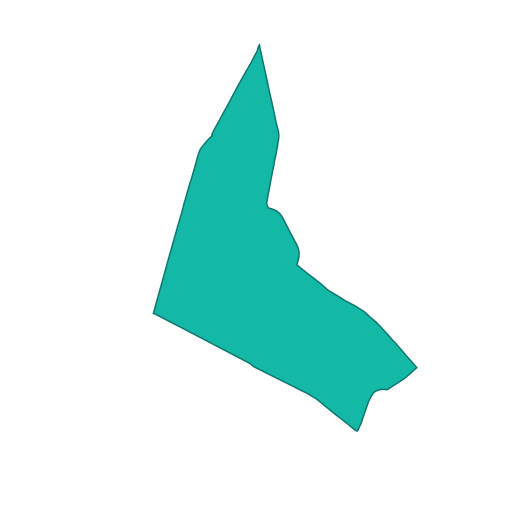 the district of Misr al-Gadida, Al Qahirah, Egypt, rotated 251°
{"feature_id": "37247803B70915432571750", "entity_name": "Misr al-Gadida", "entity_type": "district", "adm_level": 2, "iso_a3": "EGY", "parent_name": "Egypt", "parent_adm1": "Al Qahirah", "projection": "mercator", "projection_center": [31.323, 30.091], "detail": "fine", "context": "isolated", "style": "filled", "palette": "teal", "viewbox_px": 512, "rotation_deg": 251, "n_neighbors": 0, "source": "geoboundaries", "source_scale": "gbopen_adm2", "svg_char_len": 5570}
<svg xmlns="http://www.w3.org/2000/svg" viewBox="0 0 512 512"><g transform="rotate(251 256 256)"><path d="M234.6,141.1L226.6,148.7L225.1,150.1L210.2,164.4L208.0,166.5L205.2,169.1L204.9,169.4L204.7,169.6L159.4,212.4L155.7,215.8L154.5,216.3L153.9,216.7L153.4,217.0L151.9,218.0L111.5,257.6L111.2,257.9L111.0,258.2L109.5,259.7L104.5,263.8L101.8,266.2L101.4,266.4L101.1,266.6L100.8,266.8L100.7,266.8L100.4,267.0L99.9,267.4L99.6,267.6L99.2,267.8L98.8,268.1L98.2,268.4L97.7,268.8L97.1,269.2L96.6,269.5L96.0,269.9L95.5,270.2L95.3,270.3L94.9,270.5L94.3,270.8L93.8,271.1L93.3,271.5L92.7,271.8L92.2,272.1L91.9,272.3L91.5,272.5L91.4,272.6L91.2,272.8L90.8,273.0L90.4,273.3L89.9,273.6L89.5,273.8L89.1,274.1L88.6,274.4L88.3,274.6L88.1,274.7L88.0,274.8L87.7,274.9L87.4,275.1L87.2,275.2L86.7,275.6L86.2,275.9L85.7,276.2L85.1,276.5L84.8,276.7L84.5,276.9L84.2,277.1L83.8,277.4L83.5,277.6L83.2,277.8L82.7,278.1L82.3,278.3L82.1,278.4L81.6,278.7L81.2,278.9L81.1,279.1L80.6,279.3L76.1,282.3L68.0,287.6L60.4,292.1L58.2,293.6L58.0,293.9L57.8,294.2L57.8,294.5L57.8,294.9L57.6,295.1L59.0,296.5L60.7,298.1L63.9,301.2L69.6,305.5L77.7,311.9L81.1,314.5L81.6,315.0L82.2,315.5L84.1,317.5L86.0,319.4L86.3,319.7L86.6,320.1L86.9,320.5L87.2,320.8L87.5,321.3L87.7,321.7L88.4,322.8L88.6,323.2L88.7,323.5L88.9,323.8L88.9,324.2L89.0,324.5L89.1,324.9L89.2,325.3L89.2,325.7L89.3,326.2L89.3,326.6L89.3,327.1L89.3,327.5L89.3,328.1L89.3,328.6L89.3,329.0L89.3,329.4L89.2,329.7L89.2,330.1L89.0,331.1L88.8,331.8L88.6,332.3L88.4,333.0L88.3,333.3L88.1,333.8L87.7,334.5L87.5,335.1L87.3,335.4L87.2,335.8L87.1,336.1L87.1,336.5L87.0,336.8L87.0,337.2L87.1,337.5L87.1,337.9L87.3,338.2L91.8,356.3L92.0,356.7L92.1,357.1L92.3,357.5L92.4,357.9L94.8,363.9L97.5,370.2L97.8,370.9L97.9,371.2L98.1,371.7L106.7,368.2L108.6,367.4L110.6,366.6L112.6,365.7L114.6,364.9L117.1,364.0L119.5,363.0L121.9,362.1L124.2,361.1L126.1,360.4L127.9,359.7L129.6,358.8L131.3,358.0L133.2,357.2L135.2,356.5L137.1,355.7L139.0,354.9L139.7,354.6L140.4,354.3L142.2,353.5L145.0,352.3L150.4,349.9L155.1,347.6L159.6,344.9L162.6,343.2L164.4,342.1L165.1,341.8L165.5,341.6L167.3,340.8L171.7,337.3L174.6,335.1L177.3,332.8L180.1,330.1L185.4,325.1L188.7,322.7L190.6,321.1L191.7,320.2L192.4,319.6L192.5,319.5L193.0,319.1L194.7,317.6L196.5,316.2L198.2,314.7L200.0,313.2L200.5,312.9L201.1,312.5L209.4,307.8L217.1,302.7L222.4,299.2L234.4,291.7L234.9,292.1L235.2,292.3L235.4,292.5L235.6,292.6L235.9,292.8L236.3,293.1L236.7,293.4L237.0,293.6L237.3,293.8L237.6,294.1L238.0,294.3L238.3,294.5L238.7,294.8L239.0,295.0L239.3,295.2L239.6,295.4L240.0,295.6L240.3,295.8L240.7,296.0L241.0,296.2L241.4,296.4L241.8,296.6L242.1,296.7L242.4,296.8L242.8,297.0L243.2,297.1L243.6,297.3L244.0,297.4L244.4,297.6L244.8,297.7L245.2,297.8L245.6,297.9L246.0,298.0L246.4,298.1L246.8,298.1L247.1,298.2L247.5,298.2L247.9,298.3L248.2,298.3L248.6,298.4L248.9,298.4L249.3,298.4L249.8,298.4L250.2,298.4L250.6,298.4L250.9,298.4L251.3,298.4L251.8,298.3L252.2,298.3L252.7,298.2L253.2,298.2L253.7,298.1L254.2,298.0L254.6,298.0L254.8,297.9L255.2,297.9L255.5,297.8L255.9,297.8L256.3,297.7L256.7,297.6L256.9,297.6L257.2,297.6L257.6,297.5L257.9,297.5L258.1,297.4L258.5,297.4L259.0,297.3L259.4,297.2L259.9,297.1L260.0,297.1L260.4,297.1L260.8,297.0L261.2,296.9L261.5,296.9L262.1,296.8L262.3,296.8L262.7,296.7L263.4,296.6L263.8,296.5L264.2,296.5L264.8,296.4L265.0,296.4L265.4,296.3L265.8,296.2L266.7,296.1L267.1,296.1L267.6,296.0L267.9,295.9L268.5,295.8L268.9,295.8L269.4,295.7L270.0,295.6L270.3,295.6L270.5,295.5L271.2,295.5L271.8,295.4L272.1,295.3L273.0,295.2L273.4,295.1L273.8,295.1L274.6,294.9L275.4,294.8L276.1,294.7L276.3,294.7L276.8,294.6L277.4,294.5L278.0,294.4L278.5,294.4L279.1,294.3L279.5,294.2L280.1,294.1L280.6,294.1L281.1,294.0L281.5,293.9L282.0,293.9L282.5,293.8L282.9,293.7L283.3,293.7L283.7,293.6L283.9,293.6L284.1,293.5L284.4,293.5L285.0,293.3L285.5,293.2L285.9,293.1L286.3,293.0L286.7,292.9L287.1,292.7L287.5,292.6L287.9,292.5L288.2,292.3L288.5,292.2L288.8,292.0L289.1,291.9L289.4,291.7L289.8,291.5L290.1,291.3L290.5,291.0L291.0,290.7L291.5,290.3L291.8,290.1L292.0,289.9L292.3,289.7L292.5,289.5L292.8,289.2L293.0,289.0L293.2,288.8L293.7,288.3L293.9,288.1L294.3,287.6L294.7,287.1L295.1,286.6L295.4,286.2L295.8,285.7L296.1,285.3L296.4,284.8L296.7,284.5L296.9,284.2L297.1,283.9L297.2,283.7L297.3,283.6L297.5,283.3L297.7,283.0L299.2,283.2L300.2,283.3L300.9,283.2L301.0,283.1L301.6,283.0L302.0,283.1L305.3,284.8L305.7,285.0L306.1,285.3L310.0,287.4L311.5,288.3L313.0,289.2L313.2,289.4L313.5,289.5L316.2,291.0L325.5,296.2L334.0,301.2L335.8,302.4L336.4,302.7L337.0,303.0L337.6,303.3L338.2,303.6L338.8,303.9L339.8,304.4L345.1,307.7L354.3,312.8L356.1,313.7L359.3,315.5L362.2,316.7L365.8,317.7L376.0,318.5L379.5,319.0L379.9,319.1L380.0,319.1L394.9,320.9L406.2,322.1L420.6,323.9L433.6,325.4L444.8,326.7L453.5,327.8L454.4,327.9L454.2,327.6L453.6,326.8L452.3,325.8L451.9,325.5L451.4,325.2L451.2,325.1L450.9,324.9L450.4,324.6L450.0,324.3L449.5,323.9L448.9,323.4L446.3,320.4L440.2,314.0L433.3,306.1L429.8,302.2L425.3,297.1L419.9,291.2L415.5,286.5L410.1,280.7L405.9,276.2L401.7,271.4L398.1,267.5L394.8,264.0L389.6,258.2L387.5,256.1L386.2,254.8L384.9,253.6L384.4,253.6L383.8,253.6L382.8,250.9L381.0,247.4L378.8,243.6L377.3,241.4L375.8,239.1L374.6,237.6L373.1,236.3L370.1,234.0L367.8,232.3L364.5,230.2L361.2,227.9L354.8,223.4L350.4,220.3L348.7,219.1L348.1,218.6L347.6,218.2L346.8,217.5L343.2,215.0L337.8,211.2L332.8,207.8L328.2,204.5L325.0,202.4L320.9,199.7L309.6,191.6L303.9,187.7L286.0,175.2L235.9,140.8L235.5,140.4L235.3,140.3L235.1,140.6L234.6,141.1Z" fill="#14b8a6" stroke="#0f766e" stroke-width="1.5"/></g></svg>